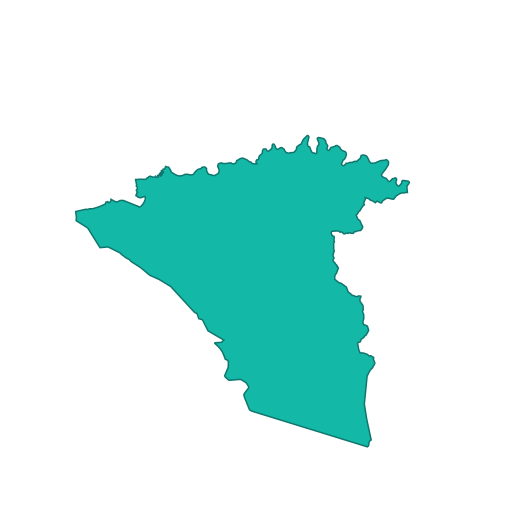 the district of Gontougo, Zanzan, Ivory Coast, rotated 115°
{"feature_id": "98640826B5040161076408", "entity_name": "Gontougo", "entity_type": "district", "adm_level": 2, "iso_a3": "CIV", "parent_name": "Ivory Coast", "parent_adm1": "Zanzan", "projection": "natural_earth1", "projection_center": [-3.58, 7.921], "detail": "fine", "context": "isolated", "style": "filled", "palette": "teal", "viewbox_px": 512, "rotation_deg": 115, "n_neighbors": 0, "source": "geoboundaries", "source_scale": "gbopen_adm2", "svg_char_len": 6164}
<svg xmlns="http://www.w3.org/2000/svg" viewBox="0 0 512 512"><g transform="rotate(115 256 256)"><path d="M134.5,145.6L129.9,148.3L128.4,148.7L126.0,148.1L124.6,148.1L124.2,148.4L123.8,149.4L124.9,153.4L125.5,154.9L126.0,155.3L126.4,155.4L128.4,154.8L132.1,155.8L132.6,156.7L131.6,159.1L130.6,160.1L129.2,160.6L127.2,160.8L126.2,162.1L126.4,163.0L127.6,163.8L128.2,165.0L132.0,166.2L132.2,166.7L132.1,168.0L130.7,170.7L130.8,174.2L130.1,176.1L129.3,176.6L128.2,176.6L122.6,175.2L117.4,174.6L114.9,175.5L113.9,176.9L113.6,178.1L113.7,178.7L114.8,179.9L116.9,183.4L121.6,187.7L123.2,190.7L123.1,191.6L122.3,193.4L120.5,195.3L118.8,197.7L118.6,199.2L119.1,201.6L120.5,203.2L123.1,202.7L127.1,204.5L127.9,204.6L128.2,206.2L129.6,207.7L130.4,208.1L131.6,210.6L133.3,212.1L133.8,213.5L136.6,214.2L137.2,214.9L137.2,216.9L136.1,217.6L134.6,217.4L132.3,217.7L131.9,217.2L130.6,216.7L128.8,216.5L125.7,217.0L124.3,218.1L123.7,219.2L124.0,222.4L123.4,224.3L122.0,226.2L121.6,229.3L122.3,230.4L123.3,230.9L126.1,234.0L128.7,234.3L129.4,234.6L129.7,235.0L129.6,236.0L129.0,237.0L125.9,237.5L123.7,240.7L122.5,241.3L121.9,242.0L121.0,244.3L122.1,249.3L122.9,250.1L123.8,250.1L127.3,246.5L128.5,246.2L130.6,246.6L133.4,246.0L136.7,244.5L137.9,244.8L138.1,245.3L138.0,246.4L138.5,248.2L138.0,249.8L134.6,253.3L134.4,253.7L134.6,254.8L134.4,255.4L133.1,256.5L130.9,257.4L129.4,257.4L127.8,258.0L126.2,258.1L125.2,258.9L124.9,259.6L125.2,260.5L130.3,262.4L135.5,262.4L136.7,263.5L139.5,265.0L140.7,265.1L141.4,264.5L142.8,264.5L145.8,265.3L147.0,266.8L147.7,268.4L149.1,269.9L149.4,272.4L148.7,274.1L147.4,275.5L146.8,278.4L147.4,279.5L150.2,281.4L150.5,282.1L149.6,284.0L149.0,284.3L147.2,286.6L147.2,287.8L148.1,288.2L148.8,288.1L151.0,287.3L152.3,287.3L155.7,288.9L156.1,290.0L155.6,291.1L155.0,291.7L154.9,292.6L156.0,294.5L157.9,294.6L159.6,293.9L160.9,293.9L163.9,295.3L167.3,294.7L167.7,294.8L168.6,296.0L170.2,296.0L171.0,295.7L172.0,294.2L172.3,295.0L172.9,295.4L173.8,298.6L173.0,300.4L173.3,302.2L172.7,304.5L172.7,308.0L173.1,309.9L174.5,311.6L176.4,312.7L177.6,313.8L179.7,313.5L180.6,313.9L182.0,315.2L182.4,316.2L182.2,318.3L185.3,323.0L186.0,324.9L186.3,326.9L187.2,328.0L188.5,329.1L190.2,328.8L191.3,328.3L193.2,326.1L194.5,325.3L195.6,325.1L197.3,325.1L200.4,327.4L201.2,329.0L201.3,331.0L202.0,333.6L200.3,336.1L198.6,337.5L197.5,337.8L197.0,339.6L197.2,340.7L198.6,342.6L199.1,342.5L200.3,343.1L201.7,344.9L202.5,345.5L205.4,346.7L208.2,347.2L209.3,348.0L210.4,350.0L210.7,352.1L211.3,353.6L212.3,355.2L214.1,356.5L216.1,359.7L216.4,362.8L215.9,367.7L215.3,368.9L214.3,369.6L212.4,372.8L213.0,374.4L212.9,375.6L213.7,375.8L215.5,375.4L216.1,375.8L216.4,376.8L217.2,376.8L219.0,377.8L219.3,377.5L218.9,376.9L218.8,375.8L219.3,375.0L219.7,375.2L220.0,376.6L220.7,377.7L221.0,377.8L221.0,376.2L221.6,375.7L221.8,377.9L222.3,378.2L223.2,377.7L223.3,377.3L222.5,375.9L222.8,375.7L223.8,376.1L224.1,377.0L223.8,377.9L224.0,378.8L224.7,379.2L225.7,378.1L226.7,379.0L226.2,380.8L226.9,380.8L227.6,381.7L228.1,382.9L228.4,385.7L229.5,386.7L230.4,386.9L231.1,387.6L233.2,388.4L235.6,394.0L237.0,396.2L237.3,397.3L237.6,397.5L241.8,394.4L243.3,394.0L243.8,392.6L245.4,392.0L247.0,392.3L248.4,390.4L248.8,390.7L251.1,390.3L251.5,390.6L252.2,390.0L252.0,389.2L252.4,388.4L252.5,387.1L252.1,385.6L251.5,384.5L249.4,382.6L249.2,381.5L249.4,381.2L251.9,380.2L254.5,380.2L257.0,380.4L259.8,381.4L261.1,382.6L260.7,384.6L260.9,385.1L261.7,399.5L262.4,401.4L263.3,402.8L265.4,404.4L266.0,405.4L266.2,406.9L265.9,411.4L267.3,410.8L269.4,411.2L269.9,412.2L269.3,413.3L270.8,414.9L272.6,414.5L277.9,419.2L282.1,423.9L283.6,426.9L285.1,428.5L285.6,430.1L291.9,438.2L296.7,435.2L300.0,433.9L301.7,420.4L314.4,400.9L310.3,393.9L310.7,379.7L311.3,379.1L312.6,373.0L312.8,369.1L313.8,366.8L315.3,355.5L318.4,344.0L318.2,333.9L319.7,320.4L333.0,288.1L333.2,285.0L337.0,281.4L336.4,277.6L344.1,267.9L345.8,249.6L348.9,250.9L351.6,255.9L352.1,256.6L352.6,256.4L353.9,252.3L355.6,248.5L357.3,245.7L359.7,243.2L360.2,242.1L360.9,242.0L362.6,240.1L362.4,238.9L362.6,237.5L363.6,236.3L368.4,234.2L377.7,233.8L378.6,232.9L380.0,228.6L379.8,227.4L374.8,218.7L374.3,217.4L375.0,211.5L377.2,207.9L378.3,206.9L384.7,208.3L386.6,208.5L388.5,207.2L398.1,196.9L398.4,195.1L398.1,191.9L381.9,74.4L380.5,73.8L376.4,74.9L374.2,74.3L374.0,73.9L357.5,86.4L344.5,95.2L317.4,104.7L316.3,104.4L314.1,104.5L310.6,104.1L307.8,103.0L306.5,103.3L305.2,102.9L302.8,103.0L299.8,106.1L298.5,106.3L298.2,106.6L297.9,110.0L298.9,111.3L298.1,113.3L298.5,117.4L298.9,118.8L299.9,120.6L297.6,123.2L292.5,126.8L291.6,127.0L290.9,126.7L290.4,125.8L289.5,125.2L287.0,125.5L284.4,123.9L282.4,123.6L281.2,122.8L275.9,122.4L272.9,125.0L272.3,126.0L272.7,129.1L271.5,130.7L270.2,131.4L267.0,131.9L263.3,133.8L262.1,135.4L261.0,136.1L259.4,136.1L256.9,137.4L255.4,138.4L255.1,139.5L254.4,140.1L253.4,142.3L251.0,143.7L249.4,143.6L248.1,143.9L248.7,146.0L250.2,147.3L250.6,148.7L250.6,150.8L251.0,152.2L250.1,154.8L249.7,157.2L246.5,160.4L245.9,161.3L244.7,167.6L245.1,168.7L245.0,170.0L243.8,174.9L240.4,176.2L238.9,176.1L237.7,175.8L232.5,176.2L231.6,176.8L231.3,178.1L230.8,178.1L230.3,178.7L229.7,180.5L229.1,181.2L228.1,183.6L227.4,184.5L226.6,184.7L225.3,184.3L224.6,184.7L222.7,186.7L221.1,186.7L220.2,187.3L219.0,187.0L218.2,187.3L217.2,188.3L211.9,190.9L210.0,190.9L209.1,191.9L208.4,192.0L207.9,192.5L206.4,192.7L205.2,193.6L205.5,195.1L205.0,195.7L205.0,196.2L203.0,197.8L201.7,197.6L201.1,197.0L198.7,192.4L198.5,191.6L198.9,190.0L198.0,188.6L198.8,185.7L198.0,184.5L196.9,183.6L196.5,181.9L195.4,181.4L195.3,179.5L194.7,178.0L194.1,177.3L192.2,177.1L191.9,176.0L190.3,174.6L188.6,171.9L186.0,171.3L184.3,171.7L182.7,173.9L180.1,176.7L179.6,179.0L179.1,180.1L178.5,180.4L176.7,182.4L176.3,182.5L175.0,181.9L172.4,181.7L171.4,181.0L166.1,180.4L163.8,179.5L163.4,179.6L162.7,180.7L162.2,180.9L158.0,180.9L157.0,181.7L156.4,178.2L157.0,176.1L156.8,173.6L157.3,170.4L155.4,169.7L155.1,169.2L155.2,166.0L155.0,164.9L154.7,164.6L152.4,164.5L148.8,162.3L147.7,160.8L146.9,156.6L146.3,155.2L142.5,154.4L138.9,152.2L136.9,150.0L136.0,147.9L134.9,146.9L134.5,145.6Z" fill="#14b8a6" stroke="#0f766e" stroke-width="1.5"/></g></svg>